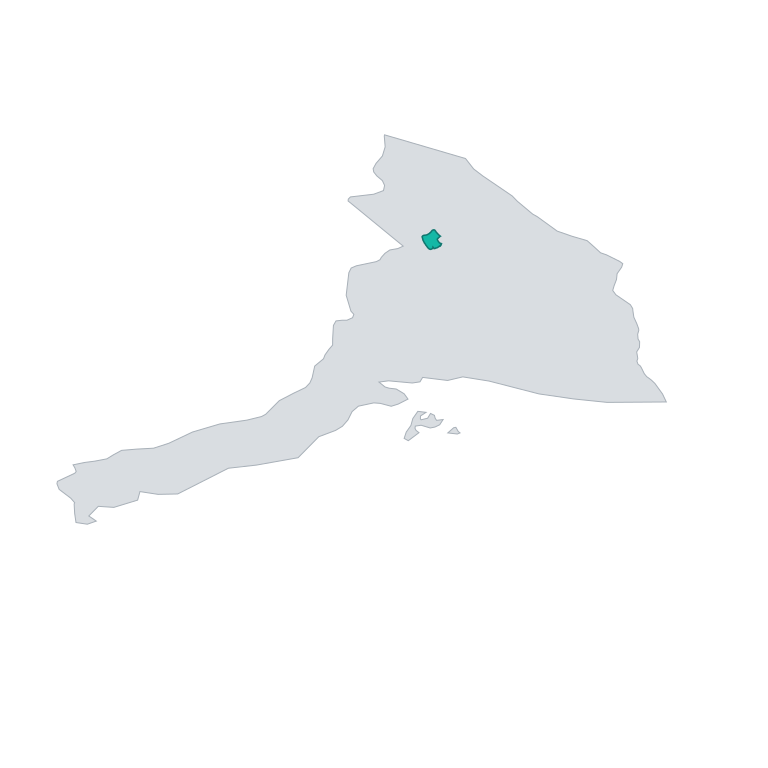 location of Barentu, Gash Barka, Eritrea, rotated 111°
{"feature_id": "51966322B45373579076089", "entity_name": "Barentu", "entity_type": "district", "adm_level": 2, "iso_a3": "ERI", "parent_name": "Eritrea", "parent_adm1": "Gash Barka", "projection": "equal_earth", "projection_center": [37.661, 15.11], "detail": "fine", "context": "in_parent", "style": "filled", "palette": "teal", "viewbox_px": 768, "rotation_deg": 111, "n_neighbors": 0, "source": "geoboundaries", "source_scale": "gbopen_adm2", "svg_char_len": 5563}
<svg xmlns="http://www.w3.org/2000/svg" viewBox="0 0 768 768"><g transform="rotate(111 384 384)"><path d="M151.2,472.8L148.9,445.1L147.4,426.7L145.8,407.1L144.3,388.7L151.1,377.4L154.3,366.6L162.5,331.7L165.7,324.8L172.1,306.1L172.9,300.7L179.2,277.1L178.7,261.5L177.4,245.7L180.9,236.4L183.9,228.9L183.7,222.6L185.1,207.9L186.1,204.2L189.8,204.0L197.5,205.9L203.1,204.4L209.6,204.4L214.7,204.0L217.6,199.5L221.7,182.4L224.4,178.9L226.4,177.9L232.1,174.7L237.0,169.7L241.0,166.2L242.5,165.4L246.7,165.0L251.0,162.9L252.9,160.5L258.3,158.6L263.5,159.6L267.0,157.5L269.3,156.2L272.0,156.1L274.4,154.1L275.4,151.0L277.0,149.1L281.1,144.7L283.0,141.4L283.8,138.2L284.6,135.6L286.4,131.3L293.5,120.4L299.6,114.0L321.2,169.1L330.0,201.7L337.7,235.7L343.6,286.9L349.1,313.0L357.9,325.9L364.0,350.3L369.1,351.2L372.9,357.9L379.4,380.9L384.0,389.4L386.4,382.0L386.1,377.8L384.3,370.8L385.9,361.7L389.5,356.2L397.7,363.6L402.2,369.3L403.4,380.5L405.3,386.8L413.9,400.0L421.2,403.9L430.5,404.8L438.4,407.7L444.7,412.6L456.6,426.0L483.6,437.8L505.4,474.0L518.4,499.1L560.6,537.2L568.0,555.4L571.9,573.3L580.7,572.4L596.0,592.0L600.6,606.9L613.0,612.3L615.1,603.5L621.2,610.7L623.7,621.9L615.7,626.4L607.0,630.3L605.7,630.2L602.9,635.4L598.8,649.5L594.3,653.6L591.9,654.0L578.1,640.7L576.0,640.0L573.0,642.6L570.9,645.3L564.5,635.3L559.7,626.4L553.2,615.9L546.9,611.1L540.0,605.2L533.3,591.3L526.5,576.1L516.4,563.6L497.5,545.6L480.1,522.9L466.9,499.1L458.3,486.7L454.7,483.6L437.1,475.8L424.9,465.0L415.4,456.0L409.6,453.6L404.0,453.3L392.1,455.1L382.1,449.5L378.0,449.5L371.3,447.8L366.1,445.9L360.0,448.2L347.4,452.2L342.3,451.4L339.4,445.8L337.8,441.5L333.4,437.1L329.8,437.1L327.8,441.0L314.7,451.1L292.7,456.7L287.5,456.2L283.6,452.2L272.5,435.0L269.3,432.2L266.8,431.9L261.6,429.9L256.8,426.6L252.6,419.6L248.4,415.5L243.8,429.4L235.8,453.5L231.5,466.4L226.0,483.1L224.2,483.6L221.4,482.4L210.5,461.6L203.6,453.8L198.4,454.6L194.7,458.4L192.3,465.3L189.7,469.6L186.9,471.3L180.9,470.5L171.7,467.2L162.2,467.9L152.4,472.6L151.2,472.8ZM409.2,334.6L412.1,339.7L414.2,339.2L415.8,337.5L416.9,333.9L428.2,341.0L427.6,345.7L420.9,346.0L413.1,344.0L405.9,344.7L397.4,342.6L395.4,334.6L400.8,338.5L403.6,337.5L404.1,336.5L400.3,331.0L394.8,330.0L395.2,325.7L397.6,324.0L399.1,321.9L396.0,316.1L402.1,317.4L405.9,321.0L408.5,325.1L409.2,334.6ZM404.4,297.6L406.8,306.9L399.9,303.3L398.7,301.4L401.7,297.7L402.4,295.5L404.4,297.6Z" fill="#d9dde1" stroke="#a8b0b8" stroke-width="1"/><path d="M239.7,385.8L239.2,384.9L238.5,384.4L238.1,383.6L237.9,383.4L237.7,383.2L237.4,382.9L237.2,382.7L236.9,382.6L236.7,382.5L236.5,382.4L236.4,382.3L236.3,382.1L236.1,382.0L235.8,381.9L235.7,381.8L235.6,381.7L235.4,381.6L235.5,381.5L235.5,381.3L235.5,381.2L235.4,381.1L235.2,381.2L234.9,381.0L234.8,380.9L234.7,380.9L234.4,380.7L234.1,380.6L233.9,380.7L233.7,380.6L233.4,380.6L233.2,380.6L233.3,380.7L233.2,380.8L233.1,380.7L232.8,380.8L232.6,380.9L232.5,381.0L232.4,381.0L232.3,381.4L232.4,381.6L232.6,381.8L232.5,382.2L232.4,382.3L232.4,382.5L232.3,382.9L232.3,383.0L232.0,383.4L231.2,384.7L230.3,385.8L229.7,386.2L229.4,386.1L229.2,386.0L228.9,386.0L228.8,385.9L228.7,385.9L228.5,385.7L228.4,385.7L228.2,385.6L227.9,385.5L227.7,385.4L227.4,385.2L227.2,385.1L226.9,384.9L226.7,384.8L226.5,384.7L226.4,384.7L226.2,384.6L225.9,384.5L225.8,384.4L225.7,384.8L225.6,385.0L225.5,385.4L225.4,385.5L225.3,386.0L225.2,386.2L225.1,386.4L225.1,386.5L224.9,386.8L224.8,387.0L224.7,387.3L224.6,387.5L224.4,387.8L224.3,388.1L224.2,388.3L224.1,388.5L223.9,388.8L223.9,389.0L223.7,389.2L223.6,389.4L223.5,389.6L223.4,389.9L223.2,390.1L223.1,390.3L223.0,390.5L222.8,390.6L222.7,390.7L222.7,390.9L222.5,391.2L222.3,391.4L222.2,391.6L222.1,391.8L222.1,392.2L222.2,392.4L222.2,392.6L222.3,392.7L222.3,392.9L222.4,393.1L222.6,393.3L222.8,393.6L223.1,393.9L223.2,394.0L223.3,394.0L223.5,394.1L223.8,394.2L224.0,394.3L224.3,394.4L224.5,394.4L224.6,394.5L224.8,394.5L225.0,394.6L225.3,394.7L225.5,394.7L225.6,394.8L225.8,394.9L226.0,395.0L226.3,395.1L226.4,395.3L226.5,395.3L226.9,395.5L227.0,395.5L227.3,395.7L227.6,395.9L227.7,396.0L227.8,396.1L228.1,396.3L228.4,396.6L228.5,396.7L228.7,396.8L228.8,396.9L228.9,397.0L229.0,397.1L229.3,397.3L229.4,397.5L229.5,397.6L229.7,397.9L229.8,398.0L230.0,398.4L230.1,398.6L230.3,398.9L230.4,399.1L230.5,399.2L230.6,399.5L230.7,399.8L230.8,399.9L230.8,400.0L231.0,400.2L231.3,400.4L231.4,400.6L231.5,400.7L231.6,400.8L231.8,400.9L232.0,401.0L232.3,401.1L232.7,401.2L232.9,401.2L233.1,401.0L233.3,400.9L233.5,400.7L233.8,400.6L233.9,400.4L234.2,400.2L234.4,400.0L234.6,399.9L234.8,399.7L235.0,399.7L235.3,399.4L235.5,399.3L235.7,399.2L235.8,399.1L236.0,398.9L236.2,398.6L236.3,398.4L236.5,398.3L236.6,398.2L236.8,397.9L237.1,397.7L237.4,397.2L237.5,397.0L237.7,396.8L237.8,396.8L237.8,396.7L238.0,396.5L238.1,396.3L238.2,396.1L238.4,395.9L238.5,395.8L238.5,395.7L238.8,395.3L239.0,395.1L239.2,394.9L239.3,394.8L239.4,394.6L239.6,394.2L239.8,393.9L239.9,393.7L240.1,393.4L240.2,393.2L240.3,393.0L240.4,392.9L240.5,392.8L240.6,392.6L240.9,392.3L240.9,392.2L241.0,392.1L241.1,391.8L241.2,391.6L241.3,391.4L241.4,391.2L241.5,391.0L241.5,390.9L241.6,390.7L241.7,390.3L241.7,390.1L241.7,389.8L241.8,389.6L241.7,389.4L241.7,389.1L241.6,388.9L241.6,388.7L241.4,388.4L241.2,388.2L240.9,387.9L240.8,387.7L240.6,387.6L240.4,387.5L240.3,387.4L240.1,387.4L239.9,387.4L239.7,387.3L239.4,387.2L239.2,387.2L238.9,387.1L238.7,387.2L238.8,386.9L239.0,386.7L239.2,386.4L239.3,386.3L239.3,386.2L239.5,386.0L239.6,385.9L239.7,385.8Z" fill="#14b8a6" stroke="#0f766e" stroke-width="1.5"/></g></svg>